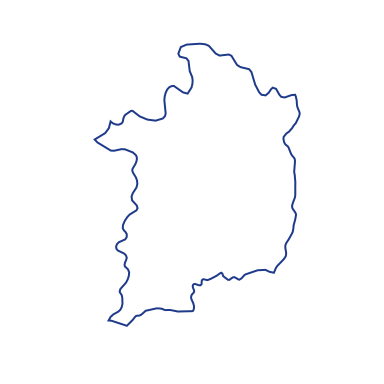 SVG path tracing the border of Cher, rotated 15°
{"feature_id": "FRA-5279", "entity_name": "Cher", "entity_type": "Metropolitan department", "adm_level": 1, "iso_a3": "FRA", "parent_name": "France", "parent_adm1": "", "projection": "mercator", "projection_center": [2.504, 47.022], "detail": "fine", "context": "isolated", "style": "outline", "palette": "blue", "viewbox_px": 384, "rotation_deg": 15, "n_neighbors": 0, "source": "natural_earth", "source_scale": "10m", "svg_char_len": 3324}
<svg xmlns="http://www.w3.org/2000/svg" viewBox="0 0 384 384"><g transform="rotate(15 192 192)"><path d="M102.8,173.0L87.8,168.6L84.4,166.5L92.9,157.6L95.2,151.8L95.1,144.9L97.6,146.1L100.7,146.5L103.7,146.0L106.0,144.2L106.8,142.7L106.9,141.4L106.7,138.2L107.0,136.2L107.6,134.7L112.1,129.4L113.5,129.0L121.9,132.5L130.2,133.6L138.4,132.5L144.7,128.6L146.2,125.9L146.3,123.1L141.6,110.7L140.9,106.9L140.9,102.9L141.5,99.5L142.8,96.9L144.6,95.2L146.9,94.2L157.5,98.1L162.3,98.1L164.5,91.2L164.4,87.4L163.7,83.9L162.4,80.9L158.5,75.8L154.7,66.3L152.0,64.3L145.1,64.4L143.0,61.9L143.7,54.9L148.7,51.0L161.3,46.7L166.5,45.9L170.4,46.4L179.0,52.1L183.3,53.1L191.9,49.7L194.8,50.2L202.6,57.6L206.4,58.8L215.4,58.6L218.4,60.8L225.3,72.0L231.1,78.3L234.0,80.1L238.1,79.6L240.4,76.3L241.7,72.4L243.0,70.3L246.5,70.6L251.2,75.4L253.6,77.0L257.1,76.7L262.9,72.7L266.4,71.4L267.5,72.8L269.4,76.4L270.9,80.8L271.8,82.7L274.7,86.5L275.6,87.9L275.8,89.2L275.9,91.0L274.6,97.8L274.4,98.7L273.2,101.1L272.6,102.8L272.4,103.6L272.0,104.8L270.1,108.6L268.0,111.1L266.6,114.3L266.3,115.1L266.4,116.2L266.8,117.5L267.8,119.5L268.6,120.6L269.4,121.4L270.0,121.9L270.8,122.3L272.4,123.0L273.1,123.4L273.7,124.0L277.9,129.6L279.0,130.7L281.8,132.6L282.5,133.3L283.3,134.9L283.8,137.0L285.4,145.7L285.6,146.5L286.8,148.9L289.3,155.9L291.2,163.3L291.5,164.2L292.6,168.5L292.8,170.3L292.7,172.2L292.3,175.9L292.2,178.0L292.3,179.8L293.1,181.5L293.9,182.4L297.1,185.1L297.6,185.8L298.1,186.4L298.4,187.1L298.8,191.7L298.8,197.9L299.3,200.7L299.5,202.7L299.6,204.5L299.1,207.1L297.7,212.6L296.3,216.8L296.1,217.9L296.0,219.2L296.4,221.1L296.8,222.3L298.6,226.1L298.8,226.9L299.0,227.8L299.2,229.6L298.7,231.4L297.7,233.8L293.7,241.0L292.9,243.0L292.7,243.7L292.0,248.8L287.4,249.0L283.1,248.2L275.7,250.6L265.2,257.6L264.2,258.6L263.0,261.0L262.1,262.7L260.3,264.5L258.7,264.3L257.0,263.7L254.9,263.3L253.3,264.1L250.8,267.2L249.5,267.5L243.9,265.2L243.1,264.0L242.5,263.0L241.2,262.4L240.1,263.3L237.5,266.5L232.6,271.0L229.8,273.1L225.6,273.3L224.6,274.1L224.4,275.4L225.1,278.6L224.2,280.0L222.6,280.3L218.8,280.0L217.8,280.4L217.1,281.3L217.0,282.6L217.6,284.0L219.5,286.6L219.9,287.9L219.6,288.8L218.4,291.2L218.2,292.8L218.5,294.5L219.5,296.1L222.0,299.1L222.9,300.7L223.6,302.0L223.8,303.0L224.0,304.1L224.0,305.2L223.8,306.4L223.2,307.0L209.3,311.1L201.6,311.6L196.9,312.9L195.4,313.0L193.7,312.6L191.1,312.8L187.8,313.6L178.0,318.7L175.4,322.7L173.9,324.5L172.4,325.3L171.1,325.6L169.9,326.4L169.2,327.6L168.0,330.6L163.7,338.1L147.4,337.2L144.7,337.7L145.7,333.7L147.6,330.7L151.9,326.5L153.3,324.2L153.9,321.3L153.8,318.1L152.1,312.4L150.9,309.9L148.5,307.8L147.9,307.0L147.9,304.3L151.7,296.7L152.5,293.1L152.7,289.3L152.1,285.9L150.2,283.3L146.5,281.3L145.7,279.8L145.6,277.1L146.0,274.7L146.0,272.4L144.5,270.2L142.4,269.0L135.4,267.7L133.6,266.3L132.8,264.2L133.0,261.8L134.3,259.5L139.8,255.0L140.6,252.5L139.9,249.6L138.2,247.9L136.2,246.7L134.5,245.0L133.9,241.5L134.6,237.1L136.0,232.9L137.7,229.8L143.1,224.1L143.6,221.7L142.0,219.2L136.3,215.6L134.8,212.1L135.1,208.5L137.2,202.0L137.1,198.3L135.9,195.1L134.1,192.5L129.9,188.5L128.7,186.6L128.6,184.8L130.0,180.0L130.4,177.3L130.3,174.8L129.6,172.5L128.1,170.8L124.6,169.1L116.2,168.1L112.7,168.9L106.1,172.3L102.8,173.0Z" fill="none" stroke="#1e3a8a" stroke-width="2"/></g></svg>